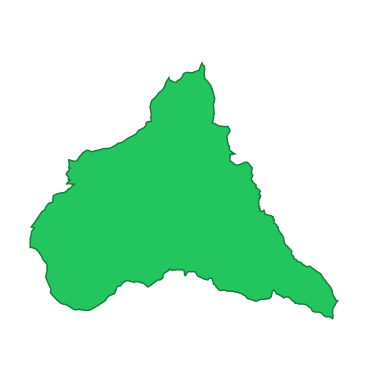 outline of Toplita, Harghita, Romania, rotated 276°
{"feature_id": "2599482B58204305263663", "entity_name": "Toplita", "entity_type": "district", "adm_level": 2, "iso_a3": "ROU", "parent_name": "Romania", "parent_adm1": "Harghita", "projection": "equal_earth", "projection_center": [25.313, 46.98], "detail": "fine", "context": "isolated", "style": "filled", "palette": "green", "viewbox_px": 384, "rotation_deg": 276, "n_neighbors": 0, "source": "geoboundaries", "source_scale": "gbopen_adm2", "svg_char_len": 5912}
<svg xmlns="http://www.w3.org/2000/svg" viewBox="0 0 384 384"><g transform="rotate(276 192 192)"><path d="M98.9,348.3L98.9,347.5L99.4,346.4L100.8,345.8L102.2,344.4L104.1,343.1L106.2,342.3L109.2,341.5L111.6,339.9L113.0,338.7L113.5,337.9L114.5,337.1L115.6,335.7L118.8,333.0L119.6,331.6L120.6,331.3L124.2,328.4L124.9,326.6L128.5,320.1L130.5,317.1L129.6,313.6L129.6,313.3L130.1,312.9L130.8,311.3L132.3,308.8L133.4,307.7L133.3,306.6L133.9,305.4L134.0,303.6L135.3,303.4L135.3,302.8L135.9,301.6L137.4,299.8L138.7,299.8L140.1,297.4L141.5,297.1L143.5,297.6L148.0,292.4L149.6,290.2L151.3,289.2L156.2,287.8L158.8,285.9L163.1,282.1L165.9,281.3L166.4,281.0L166.4,280.4L166.7,280.2L168.2,279.4L169.4,277.7L169.6,276.7L173.4,276.6L173.5,275.4L175.1,275.5L175.9,275.1L176.6,273.1L177.0,270.1L177.3,268.4L177.7,267.0L181.4,265.5L179.8,263.4L180.4,261.6L181.0,261.4L182.0,261.7L182.4,261.4L183.0,260.3L184.2,260.8L184.2,260.2L184.6,260.3L184.6,260.0L190.1,259.2L191.7,259.4L193.2,260.3L193.6,259.9L194.0,260.4L195.2,260.7L196.0,260.2L197.0,258.8L199.8,259.9L200.7,259.0L202.7,256.2L202.7,255.8L203.0,255.1L203.3,254.9L203.5,255.2L205.4,255.0L205.7,254.7L205.9,254.7L207.4,252.5L209.1,250.9L209.4,250.9L209.6,250.2L210.3,249.7L211.4,249.5L212.8,250.2L215.3,250.6L216.6,249.4L217.3,249.1L222.3,249.4L223.2,248.4L223.4,247.9L224.4,247.2L224.6,246.7L226.4,245.3L227.2,243.9L227.4,242.9L226.8,241.0L224.2,236.5L223.2,234.0L223.8,232.3L223.7,231.5L225.2,230.0L226.0,228.2L226.8,227.4L227.2,226.2L231.7,226.3L232.6,225.5L233.2,226.5L233.6,228.6L234.1,229.5L234.4,230.6L236.1,227.2L236.5,226.8L236.7,225.8L237.7,225.0L238.8,224.6L240.5,224.6L241.7,224.2L242.0,223.5L242.6,223.2L243.6,223.0L247.3,221.5L249.1,221.3L250.5,220.9L251.6,220.9L255.4,223.0L256.8,223.2L258.2,223.0L261.0,220.7L260.4,217.9L260.6,211.5L262.1,208.3L263.0,204.8L265.6,205.5L268.1,205.7L269.6,205.3L271.1,205.9L272.2,205.9L282.1,204.0L283.5,204.6L286.2,204.8L287.8,204.7L296.3,201.3L299.6,199.6L303.1,196.5L306.1,192.9L310.2,191.8L311.7,191.6L315.1,191.8L318.2,191.3L319.0,190.4L319.6,189.2L321.3,188.5L318.1,187.3L316.8,187.1L313.9,186.2L313.0,184.9L311.7,181.6L310.7,180.8L310.8,180.5L310.4,176.6L310.5,174.6L309.2,171.8L308.7,171.4L305.2,170.1L303.4,168.9L301.7,166.9L301.3,166.0L299.7,165.0L299.3,163.8L299.4,163.1L300.6,159.1L301.2,158.1L302.2,157.4L303.2,157.1L298.4,154.7L294.7,154.0L291.0,152.3L289.4,151.0L287.5,148.9L283.5,146.7L282.2,145.4L281.9,145.3L280.2,143.9L279.9,143.2L277.9,142.1L272.0,141.4L266.2,143.2L263.6,143.7L261.7,143.0L261.1,143.4L258.2,144.3L257.5,142.5L257.7,142.3L257.1,140.5L256.2,139.3L253.3,139.1L250.4,137.3L250.3,136.2L249.0,134.7L247.8,132.4L244.4,130.6L243.4,129.7L241.6,127.2L238.9,122.8L234.1,117.4L232.6,113.3L230.6,111.2L227.6,106.8L226.5,104.4L226.5,103.3L226.1,101.6L226.1,100.2L221.6,88.2L222.1,85.5L222.6,84.7L222.4,83.6L222.5,82.9L221.8,82.0L221.1,81.6L220.9,80.9L219.8,79.8L219.8,79.4L217.1,77.7L216.5,77.7L216.0,76.9L215.0,76.2L212.8,75.3L210.8,73.9L210.4,73.0L210.3,71.6L210.8,67.8L211.2,66.3L211.1,66.0L207.2,66.9L204.7,67.3L203.1,66.9L202.8,68.5L197.6,65.3L196.1,65.2L193.8,67.8L191.3,67.7L191.4,69.6L186.5,66.1L187.3,67.4L187.5,74.9L186.2,72.6L183.7,71.2L182.7,70.0L182.1,68.6L180.6,67.9L179.0,66.2L178.0,64.9L177.3,61.7L176.3,58.5L174.1,54.7L173.4,54.4L167.7,54.5L166.8,53.7L166.2,51.4L164.9,50.1L162.7,48.7L158.9,47.3L158.2,46.7L157.3,45.3L156.5,44.6L145.6,39.0L140.4,35.7L139.8,38.8L139.2,38.8L138.5,38.1L135.7,36.6L133.5,36.6L128.7,36.0L126.4,36.3L119.9,36.8L120.1,37.9L120.0,39.3L119.5,40.3L119.3,42.0L118.8,43.0L116.6,45.6L112.2,49.3L110.1,50.3L109.1,51.1L107.7,52.5L106.0,54.6L105.1,55.3L103.8,55.7L102.0,55.6L99.5,56.1L92.0,55.5L85.1,59.2L81.0,61.9L79.9,62.0L78.4,61.7L76.8,61.9L75.3,63.3L70.8,68.7L67.6,73.3L67.2,74.6L66.8,78.4L66.3,80.1L63.1,86.3L62.7,87.9L62.7,88.8L63.5,92.4L63.1,98.7L63.6,101.9L64.4,103.6L65.6,105.4L66.4,106.3L69.6,110.8L71.2,112.5L72.2,114.0L73.6,115.7L76.0,117.8L77.6,118.3L78.6,119.0L80.7,121.2L82.3,124.8L83.3,125.7L84.1,125.8L87.7,127.0L88.9,127.0L89.6,127.4L90.4,128.1L90.8,128.9L91.0,130.3L92.1,131.4L94.2,132.3L96.5,135.3L97.0,136.3L97.2,137.4L97.2,138.6L96.7,139.8L96.5,142.4L96.0,144.2L96.9,144.9L97.1,145.4L97.0,148.9L96.3,152.0L96.2,153.1L95.7,154.2L92.9,158.0L95.1,161.0L96.8,162.4L98.1,164.1L101.0,167.4L101.2,167.9L101.0,168.9L101.4,169.7L102.2,170.8L103.7,172.0L104.7,172.1L106.3,171.7L106.7,171.8L108.9,173.4L109.3,174.0L109.7,175.0L111.7,177.0L113.1,177.5L112.2,179.3L112.2,180.9L112.6,182.2L112.5,182.9L113.1,184.5L113.0,185.4L113.4,186.7L113.6,188.7L113.4,191.6L112.2,192.8L109.7,193.0L108.5,193.6L108.1,194.1L108.8,194.6L111.8,195.7L112.5,197.3L112.5,198.3L112.7,199.1L112.6,200.0L113.1,202.2L112.6,203.6L111.7,204.7L109.8,205.8L109.3,206.3L108.5,207.5L107.8,210.4L107.2,211.3L106.6,213.9L106.5,215.1L106.2,216.1L106.3,216.9L106.7,217.3L107.7,217.9L107.9,218.3L108.1,218.8L108.2,221.1L106.2,221.6L104.3,222.7L102.5,223.0L102.4,223.6L102.7,223.8L101.7,225.0L100.3,225.8L100.3,226.3L99.1,227.1L99.0,227.5L98.0,228.5L97.3,229.6L97.1,231.3L97.5,232.4L98.1,233.3L98.1,233.7L97.5,234.4L97.7,236.2L97.0,237.7L97.6,240.1L97.4,241.2L97.4,244.0L97.1,245.4L96.8,249.3L96.4,250.3L96.3,251.4L94.8,254.3L94.4,256.1L92.5,257.3L91.7,259.1L91.2,262.4L90.1,266.5L90.4,268.2L92.1,270.8L92.7,272.5L93.0,276.2L93.1,276.7L93.7,277.5L93.8,279.0L94.3,280.0L95.2,281.1L96.3,281.8L101.2,282.2L102.8,283.4L103.0,283.7L102.0,285.1L99.4,286.8L99.2,287.2L99.1,289.1L98.7,289.6L98.0,291.4L97.4,292.4L97.2,293.2L96.2,294.2L97.5,296.6L97.8,298.1L97.0,300.1L94.5,303.0L94.1,304.4L92.2,306.1L92.2,308.1L91.8,310.6L92.1,313.1L92.1,315.6L91.9,316.8L91.6,317.8L89.8,320.6L89.5,321.6L89.1,322.3L88.5,322.9L86.5,323.9L85.8,324.9L85.5,326.7L85.8,331.9L84.6,334.3L82.8,336.1L82.5,336.7L81.9,338.8L82.3,340.7L82.2,342.1L81.7,343.5L80.7,344.9L80.9,345.2L82.9,345.3L84.0,345.1L85.9,344.5L89.8,344.2L91.7,344.4L94.4,346.1L96.6,346.8L98.9,348.3Z" fill="#22c55e" stroke="#15803d" stroke-width="1.5"/></g></svg>